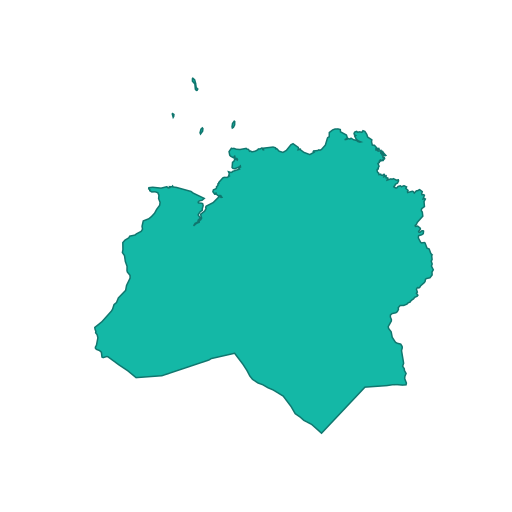 Mocimboa Da Praia, Cabo Delgado, Mozambique (Natural Earth projection), rotated 256°
{"feature_id": "85939544B54758933622764", "entity_name": "Mocimboa Da Praia", "entity_type": "district", "adm_level": 2, "iso_a3": "MOZ", "parent_name": "Mozambique", "parent_adm1": "Cabo Delgado", "projection": "natural_earth1", "projection_center": [40.265, -11.404], "detail": "fine", "context": "isolated", "style": "filled", "palette": "teal", "viewbox_px": 512, "rotation_deg": 256, "n_neighbors": 0, "source": "geoboundaries", "source_scale": "gbopen_adm2", "svg_char_len": 6146}
<svg xmlns="http://www.w3.org/2000/svg" viewBox="0 0 512 512"><g transform="rotate(256 256 256)"><path d="M340.7,396.5L344.4,393.1L347.3,392.9L350.5,391.8L351.7,390.1L350.4,388.6L351.4,386.6L351.5,384.5L352.6,383.8L352.4,381.9L351.3,380.8L349.9,380.8L348.7,381.9L348.4,380.8L344.8,381.6L342.8,383.3L341.3,385.4L341.3,384.4L342.5,382.4L343.5,381.9L345.3,378.7L347.3,376.7L346.7,375.4L347.7,373.9L347.2,372.4L347.4,370.1L347.9,372.1L348.8,373.2L351.5,373.0L356.1,368.0L358.3,368.4L359.4,366.4L360.1,363.4L359.8,360.9L358.1,357.0L354.0,355.9L353.5,354.2L352.7,353.6L346.8,350.1L343.6,345.4L343.1,343.7L343.8,342.7L343.4,341.3L344.0,337.3L343.4,336.8L342.6,337.4L341.4,332.7L345.0,327.5L348.6,324.6L349.5,325.1L348.8,324.0L348.9,322.5L349.9,323.2L351.1,323.3L356.0,319.1L355.5,316.8L351.1,311.0L350.0,307.2L352.1,303.8L355.1,302.1L355.2,301.1L356.3,301.1L357.6,298.9L358.8,289.4L357.2,289.0L357.6,288.3L359.1,288.3L359.4,287.8L358.9,285.9L359.3,284.2L358.6,283.3L357.9,280.6L358.0,277.3L359.2,276.1L359.2,275.1L361.2,274.5L361.8,273.2L362.8,272.5L363.2,266.2L364.4,262.6L365.8,260.6L365.9,259.1L366.5,258.2L363.8,255.1L360.2,254.9L359.0,255.5L356.7,258.0L358.6,259.7L356.1,259.1L355.2,261.1L354.1,261.4L353.6,261.0L354.4,260.4L354.8,258.6L353.2,257.4L352.6,255.9L347.7,254.2L346.6,254.8L345.8,256.5L346.5,261.2L347.2,262.6L346.0,262.5L345.7,260.4L345.4,260.9L344.3,261.1L343.7,253.7L343.1,252.8L343.1,251.9L344.4,249.7L342.2,250.0L340.8,249.0L340.1,249.5L339.2,247.1L340.0,244.1L339.8,242.7L336.4,237.7L335.4,237.5L335.3,236.6L333.6,236.0L332.7,234.4L331.6,234.2L330.9,233.3L330.5,230.7L328.8,229.7L325.9,230.9L325.8,231.5L326.6,231.7L326.7,232.4L325.8,232.3L323.2,234.2L323.6,234.9L323.2,236.4L321.2,237.1L321.3,236.2L322.4,235.3L322.3,234.2L318.2,227.4L316.4,219.7L315.5,219.0L314.1,219.0L311.9,217.0L309.9,212.3L305.9,212.4L304.5,211.1L303.9,209.5L302.5,209.1L302.0,206.0L300.3,202.7L302.4,204.8L303.0,207.7L304.9,208.7L306.0,210.8L306.9,211.0L309.4,209.9L310.3,210.0L312.4,212.5L313.4,215.0L314.8,215.3L317.6,216.9L319.7,216.9L320.3,216.1L321.4,213.0L322.3,212.9L323.2,214.4L323.1,217.1L324.4,219.7L332.2,210.3L334.4,208.5L341.8,195.4L343.0,192.3L344.1,192.0L343.5,191.2L344.2,188.9L343.3,189.1L343.2,187.6L343.9,186.6L344.8,186.3L344.8,180.3L347.7,172.4L348.2,168.6L347.1,168.1L346.2,169.0L345.1,168.7L343.4,170.3L342.7,173.7L341.2,176.0L338.4,176.5L335.3,175.4L331.2,175.9L328.5,174.8L325.3,170.9L322.1,168.0L319.6,164.2L318.1,161.1L317.3,155.1L312.4,152.6L309.5,152.4L307.7,150.6L306.4,145.3L305.6,143.6L305.8,138.3L304.4,137.0L303.1,132.7L301.2,130.0L294.3,128.4L291.7,127.2L288.2,128.5L282.3,127.9L277.2,128.4L273.1,127.3L271.6,127.3L267.7,129.1L265.0,128.5L258.8,123.3L254.2,121.2L248.6,112.3L244.6,109.4L243.2,106.5L239.3,104.1L237.6,102.5L229.5,90.6L225.7,82.3L223.9,82.1L221.5,82.4L220.3,81.8L218.1,82.8L214.9,82.8L208.0,79.6L206.4,78.1L205.2,77.9L204.0,78.6L202.1,81.3L200.0,82.7L195.2,82.1L194.4,83.1L194.6,86.7L194.1,87.9L183.7,96.5L175.8,103.7L167.0,110.2L162.6,135.7L166.5,185.3L167.3,187.7L166.8,211.7L154.2,217.1L147.2,219.5L141.0,221.0L137.1,222.8L132.3,227.2L129.5,231.4L125.3,235.7L122.0,240.1L113.5,248.5L101.5,253.6L93.5,255.9L89.0,259.9L84.9,262.7L79.1,269.3L68.2,276.7L102.4,330.0L98.6,351.6L98.1,357.1L97.0,362.0L95.3,366.9L94.7,370.4L96.3,371.2L101.2,370.6L103.3,371.4L105.7,373.2L109.0,372.3L110.7,372.6L113.6,371.6L116.2,373.3L129.0,374.3L131.5,375.7L133.0,375.9L135.5,375.1L137.2,371.9L138.5,370.5L139.5,370.1L144.2,368.5L149.7,368.8L153.7,367.1L155.5,367.2L160.2,371.6L161.6,372.0L164.3,371.6L166.3,372.2L167.2,374.1L167.1,378.0L167.8,379.6L169.7,381.3L171.4,381.5L173.1,383.8L172.3,387.4L172.8,390.8L173.8,392.4L174.0,394.4L174.9,395.0L175.2,396.2L176.0,397.1L176.2,398.4L177.5,399.9L178.0,402.7L178.8,403.6L181.1,402.6L181.9,403.8L184.9,403.6L186.1,404.8L186.3,405.4L185.6,406.2L185.9,407.2L187.3,408.6L189.5,412.9L190.4,413.9L192.4,414.8L192.9,416.0L192.8,419.5L195.0,422.3L197.9,422.9L199.7,424.7L203.8,423.8L205.6,425.0L208.6,424.8L210.0,426.0L214.2,426.6L214.5,427.2L216.2,426.2L220.9,425.7L222.3,423.8L227.7,423.2L228.3,422.7L228.7,419.7L229.4,419.1L233.6,418.0L234.9,418.0L236.4,418.7L236.5,421.9L237.2,423.7L239.6,424.6L240.1,424.2L240.3,422.9L239.3,420.8L239.6,419.9L240.5,419.7L242.4,422.1L243.4,422.0L245.9,420.1L246.1,417.9L246.5,417.8L247.2,417.9L247.9,419.3L249.6,420.6L254.3,427.5L258.5,428.0L259.7,427.4L260.7,427.6L261.9,428.3L263.2,431.4L268.2,432.2L270.3,434.1L271.0,433.4L270.9,431.9L274.2,434.1L274.9,433.6L275.3,431.9L276.6,431.9L278.2,432.9L280.6,431.0L280.9,430.6L280.3,429.1L280.4,427.3L278.8,424.8L280.5,424.1L281.0,423.4L280.9,418.5L281.7,418.5L282.9,419.4L285.4,417.7L286.6,418.8L288.4,416.6L288.0,413.9L289.2,413.0L289.1,410.6L288.1,409.2L288.1,408.2L289.4,406.6L290.0,406.5L290.7,407.8L291.9,408.6L292.5,410.9L294.4,412.5L295.5,412.5L295.6,410.7L297.8,408.0L297.5,406.5L298.2,405.6L297.9,401.6L299.5,402.8L299.9,402.7L300.4,401.1L302.3,401.6L302.0,399.4L303.4,400.4L304.2,400.2L304.3,399.3L303.8,398.9L303.6,398.1L304.1,397.1L305.2,396.8L305.2,395.0L306.8,395.1L307.8,394.2L310.1,394.2L310.7,394.6L310.9,395.7L312.2,396.0L313.3,397.1L316.3,396.7L316.9,398.3L318.0,398.5L318.0,399.6L318.8,399.4L319.2,400.0L318.1,401.1L317.9,402.5L318.5,403.0L318.9,402.7L319.1,404.1L319.5,404.4L320.3,404.3L320.7,403.1L321.6,403.0L322.6,404.2L322.1,405.1L322.2,406.3L324.4,405.1L324.4,404.6L323.2,403.4L323.6,402.7L324.7,402.5L325.0,403.2L324.7,404.3L325.3,404.7L326.9,404.1L327.2,403.5L325.5,402.6L325.6,402.0L326.6,402.1L327.4,402.9L328.3,402.8L328.0,400.5L328.6,399.5L329.6,399.9L329.7,401.3L330.7,401.2L330.9,399.6L329.5,398.9L329.8,398.0L330.9,398.1L331.9,399.2L334.8,397.7L335.4,395.7L338.8,395.7L340.7,396.5ZM441.8,239.1L443.8,237.7L443.4,237.2L441.0,236.6L437.7,238.3L432.5,237.5L431.1,238.2L431.0,238.9L432.1,239.9L434.1,238.6L435.6,239.0L436.2,238.6L437.3,239.2L441.8,239.1ZM392.1,267.5L390.3,265.3L387.2,264.0L385.9,264.0L386.3,265.2L388.4,267.0L391.6,267.9L392.1,267.5ZM392.4,235.3L393.3,234.9L392.4,233.3L389.1,231.5L387.8,231.7L390.0,234.4L392.4,235.3ZM414.1,209.1L410.6,209.2L411.3,209.9L413.2,210.6L414.4,209.5L414.1,209.1Z" fill="#14b8a6" stroke="#0f766e" stroke-width="1.5"/></g></svg>